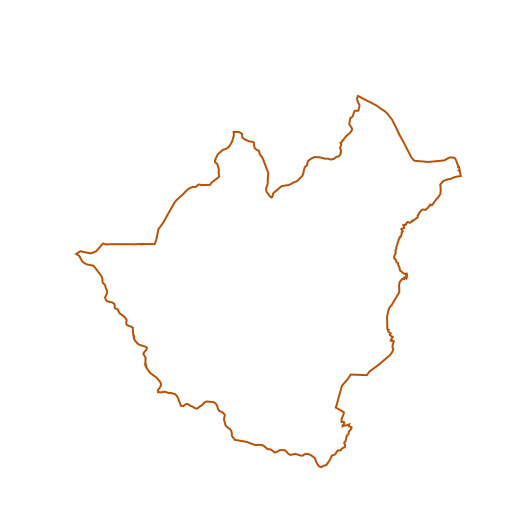 Empat Lawang, Sumatera Selatan, Indonesia, rotated 17°
{"feature_id": "22746128B47089116764549", "entity_name": "Empat Lawang", "entity_type": "district", "adm_level": 2, "iso_a3": "IDN", "parent_name": "Indonesia", "parent_adm1": "Sumatera Selatan", "projection": "albers", "projection_center": [102.962, -3.717], "detail": "fine", "context": "isolated", "style": "outline", "palette": "amber", "viewbox_px": 512, "rotation_deg": 17, "n_neighbors": 0, "source": "geoboundaries", "source_scale": "gbopen_adm2", "svg_char_len": 6096}
<svg xmlns="http://www.w3.org/2000/svg" viewBox="0 0 512 512"><g transform="rotate(17 256 256)"><path d="M317.9,75.2L306.7,73.1L306.6,76.3L308.9,79.5L310.8,81.4L311.1,82.4L311.4,87.0L310.1,87.7L308.6,87.9L307.8,88.9L307.6,93.5L307.4,94.7L305.9,96.4L306.6,102.6L308.3,104.2L310.1,105.5L310.9,107.1L310.8,108.2L309.9,110.7L307.6,114.3L305.7,118.5L305.7,119.8L304.7,120.5L304.6,122.3L303.7,123.0L305.1,124.7L304.7,128.0L306.2,129.7L306.7,132.3L306.9,132.2L307.2,133.5L306.4,135.8L305.3,137.1L304.1,137.6L303.6,138.2L301.7,140.7L298.8,142.0L296.5,141.8L293.3,142.8L288.4,143.0L284.6,143.8L283.0,144.3L279.9,147.2L278.1,149.8L277.9,152.0L278.3,153.3L278.3,154.4L276.9,156.4L276.7,157.0L276.8,161.5L277.1,163.1L276.9,165.8L273.2,172.7L270.6,174.5L268.5,176.9L266.6,178.5L260.1,181.7L254.2,190.8L254.3,194.7L253.7,195.5L252.0,195.0L247.2,191.4L245.9,188.8L246.1,183.7L244.7,178.9L243.5,173.0L233.5,160.2L229.8,157.5L228.1,154.6L225.0,154.1L223.0,153.0L220.6,148.0L219.4,147.7L216.5,148.4L214.9,148.2L211.7,147.9L208.5,146.9L206.8,143.2L203.4,142.4L198.3,143.8L199.4,146.5L199.6,148.4L199.7,153.2L199.0,156.8L198.2,159.2L196.9,161.4L195.5,162.8L193.5,163.9L189.8,169.7L189.0,174.6L188.9,177.2L189.4,178.2L191.6,179.1L192.4,179.8L194.5,183.0L195.6,185.1L195.5,186.2L197.2,190.0L197.4,190.7L197.3,191.4L192.1,198.8L191.4,200.9L191.0,201.5L183.1,204.1L180.9,204.2L179.9,204.8L178.3,207.3L177.6,207.8L175.5,208.4L173.5,209.9L172.0,211.3L170.8,213.1L168.2,218.2L163.6,225.8L162.6,228.3L160.7,236.5L157.5,251.4L154.9,258.8L155.9,269.7L155.6,274.3L143.0,278.0L143.4,278.2L142.9,278.4L142.2,278.3L140.5,278.8L137.3,280.0L115.1,286.7L109.3,288.8L106.0,288.8L101.7,298.3L97.5,301.7L89.9,302.6L86.7,302.7L83.6,306.5L84.3,306.5L83.7,306.6L87.1,307.7L90.0,310.7L91.9,312.3L96.3,313.5L103.4,312.8L107.9,315.9L114.0,320.4L115.6,322.3L116.8,325.7L117.4,326.5L119.8,327.7L121.0,329.0L121.4,330.1L122.3,331.2L123.6,332.6L124.3,334.1L124.3,335.8L123.8,339.5L123.9,340.0L124.7,341.1L126.4,342.7L128.1,342.8L132.3,342.5L134.5,343.2L135.6,345.2L135.8,346.3L136.5,347.2L139.6,347.5L140.7,349.0L142.1,350.5L148.9,353.1L151.0,355.0L151.5,358.1L152.0,359.2L152.9,359.8L156.7,360.0L159.1,360.5L161.5,366.8L162.8,369.3L163.0,368.6L163.2,368.9L163.9,371.2L165.2,372.4L168.7,374.5L170.7,375.0L177.7,375.1L178.7,376.2L178.4,378.3L177.5,379.9L177.0,381.6L177.1,382.8L179.6,385.1L180.5,386.2L180.5,387.5L181.2,389.1L181.3,390.4L182.8,392.6L182.0,392.6L183.7,394.7L187.3,397.6L189.5,399.0L196.1,401.2L200.8,404.2L202.3,405.7L202.7,406.4L202.8,409.0L201.4,413.1L202.0,414.6L202.3,414.3L203.0,414.6L205.0,414.2L206.2,413.7L207.9,412.5L213.0,412.5L215.2,411.8L219.1,411.8L221.0,412.8L223.4,415.0L224.7,417.1L228.1,421.2L230.4,420.8L231.8,418.8L233.2,417.5L235.2,417.8L236.9,418.5L239.1,418.5L243.0,419.5L244.1,419.2L244.7,418.7L246.2,416.4L248.2,414.1L249.7,410.9L251.3,409.6L257.4,408.2L258.8,408.2L260.5,408.8L261.9,409.9L263.2,411.4L264.6,413.7L266.5,414.9L269.4,415.3L271.2,416.1L272.5,416.9L272.8,417.7L273.0,421.3L275.9,426.2L276.5,426.9L277.6,427.6L281.9,429.3L283.1,430.2L283.7,430.8L284.6,432.4L285.4,434.7L286.3,435.7L289.6,438.0L301.9,436.4L304.9,436.8L307.3,436.8L310.5,437.1L313.2,436.0L317.3,435.0L319.4,435.5L323.5,437.3L326.1,436.7L327.3,436.9L329.8,437.8L331.0,438.5L331.4,438.2L332.4,438.0L334.7,435.5L335.8,434.6L340.3,433.3L342.3,434.1L344.3,435.5L346.9,436.2L348.8,435.3L351.3,433.8L357.8,433.7L359.1,433.2L360.4,431.3L363.2,430.2L363.6,430.2L365.2,430.2L367.7,430.7L371.5,432.2L374.1,435.6L377.3,438.6L380.1,438.9L381.3,437.4L384.4,435.2L386.4,429.1L386.8,424.8L389.0,423.2L389.9,422.2L390.2,420.4L391.2,417.9L393.5,417.4L394.0,416.6L394.0,416.0L395.4,413.9L396.8,412.9L396.6,410.8L394.9,408.8L395.8,406.5L395.4,402.2L395.5,400.9L396.2,399.9L396.5,398.8L396.1,397.0L397.2,394.6L397.6,392.1L397.4,391.8L394.9,391.8L394.4,390.9L394.4,389.8L391.8,391.7L390.3,392.2L388.6,393.6L388.3,392.7L388.9,391.8L389.4,390.3L389.1,389.6L388.5,389.0L386.3,389.7L385.5,386.8L386.1,380.6L386.3,380.8L385.4,379.6L376.6,377.6L376.7,374.3L376.4,368.6L376.2,354.8L379.8,346.6L381.2,341.7L396.9,337.5L398.3,333.3L405.9,323.1L406.5,321.9L413.3,311.4L414.5,307.3L414.6,306.0L414.4,304.5L413.6,304.1L413.3,303.6L412.6,300.9L412.8,297.6L412.4,297.0L412.2,296.9L411.7,297.0L410.6,297.6L410.1,297.7L409.6,297.5L409.5,297.0L410.0,296.6L410.1,296.3L409.8,295.1L410.5,293.7L410.3,293.2L409.7,293.3L407.7,292.6L407.0,292.1L406.9,291.8L407.5,290.8L407.4,290.5L405.6,290.2L404.3,289.1L404.5,287.8L403.5,287.7L403.0,287.5L399.1,275.8L398.5,269.5L398.7,266.5L400.1,263.2L403.6,248.7L401.2,241.4L401.1,238.5L401.7,237.6L402.0,236.2L402.8,234.8L403.4,234.5L404.2,234.8L404.6,234.7L404.6,233.9L404.7,233.5L404.4,233.1L404.9,233.0L405.9,233.5L406.5,233.6L406.5,232.3L406.1,231.7L405.7,231.9L405.7,231.0L405.0,230.4L405.1,230.2L405.7,230.5L406.2,230.5L406.2,230.2L405.5,229.6L405.3,228.8L403.4,229.6L401.8,229.3L398.6,228.0L397.6,227.2L396.3,224.7L394.5,222.9L394.4,221.9L393.9,221.3L392.2,220.8L390.8,219.1L390.4,218.4L389.0,217.9L388.5,217.2L388.3,215.2L388.8,212.8L387.7,209.7L388.1,207.6L387.7,207.2L387.7,197.8L388.4,196.0L388.0,195.8L388.9,194.5L388.8,191.5L388.4,191.1L388.4,190.6L389.2,189.7L388.2,188.6L387.4,188.2L387.1,187.6L389.0,186.3L389.5,185.7L388.2,183.7L388.8,183.8L389.3,183.1L388.4,183.3L388.5,182.9L389.2,182.7L390.1,181.8L390.4,180.3L391.1,179.1L393.4,179.3L393.9,178.6L394.9,177.8L395.1,176.3L396.4,176.1L396.9,174.9L399.2,172.0L399.1,170.7L398.8,170.2L399.6,168.3L399.2,167.5L400.1,165.9L400.5,164.5L401.5,162.9L404.7,162.3L405.4,160.8L406.3,159.7L407.0,157.6L407.8,156.5L407.7,155.9L409.3,156.1L409.8,155.2L411.9,148.7L412.6,147.7L414.2,143.1L413.3,138.6L411.3,133.6L413.2,129.5L416.9,126.7L419.5,125.4L421.8,123.3L424.8,121.4L428.4,119.7L426.2,115.4L425.1,115.0L425.7,114.5L424.4,112.0L424.4,111.6L424.3,111.8L424.2,111.6L423.3,111.9L422.9,110.7L419.1,105.7L417.3,104.1L414.9,104.4L412.1,105.3L408.0,109.6L393.3,115.7L380.0,118.5L378.8,118.3L375.6,116.1L362.0,102.2L356.8,97.3L357.0,97.2L346.4,86.0L340.4,81.7L337.0,79.9L333.6,79.1L327.7,77.0L318.2,75.1L318.4,74.7L317.9,75.2Z" fill="none" stroke="#b45309" stroke-width="2"/></g></svg>